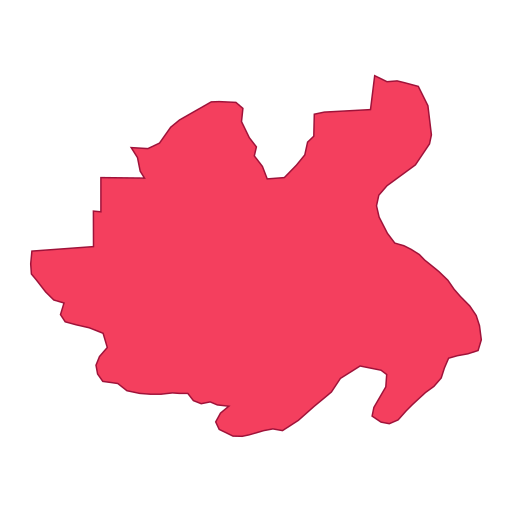 Arroio do Meio, Rio Grande do Sul, Brazil (Mercator projection)
{"feature_id": "56859067B31467536479384", "entity_name": "Arroio do Meio", "entity_type": "district", "adm_level": 2, "iso_a3": "BRA", "parent_name": "Brazil", "parent_adm1": "Rio Grande do Sul", "projection": "mercator", "projection_center": [-51.959, -29.357], "detail": "fine", "context": "isolated", "style": "filled", "palette": "rose", "viewbox_px": 512, "rotation_deg": 0, "n_neighbors": 0, "source": "geoboundaries", "source_scale": "gbopen_adm2", "svg_char_len": 1610}
<svg xmlns="http://www.w3.org/2000/svg" viewBox="0 0 512 512"><path d="M418.3,86.4L404.5,82.7L397.1,80.9L387.0,81.7L374.7,75.7L370.5,109.6L324.3,112.1L314.3,114.2L313.8,136.2L307.6,142.1L304.8,154.9L296.4,165.2L284.3,177.6L267.2,178.9L262.4,166.4L254.3,155.9L256.4,146.9L249.3,137.7L241.5,121.6L242.9,108.4L235.9,102.4L219.2,101.6L211.2,101.9L179.6,119.9L170.7,127.2L159.5,143.1L147.9,148.6L131.2,147.6L137.5,157.6L140.2,171.2L144.5,178.1L100.9,177.6L100.9,211.8L93.4,211.1L93.5,246.6L31.9,251.1L30.7,263.9L31.4,274.0L36.4,280.0L45.7,292.0L53.8,300.0L64.0,303.0L60.5,314.6L65.2,321.8L76.2,324.8L89.3,327.8L103.1,333.3L107.3,347.5L99.5,356.5L96.0,365.2L97.6,374.0L102.8,381.4L110.9,382.5L117.8,383.5L126.9,390.7L139.7,393.4L150.5,394.2L160.9,394.2L172.4,392.9L179.6,393.4L187.8,393.4L193.4,400.6L201.2,403.7L210.2,401.9L217.3,404.9L228.8,406.2L220.5,413.1L215.7,421.9L219.2,429.4L233.0,436.1L242.2,436.3L248.9,434.9L263.8,430.6L272.9,428.9L282.5,430.6L298.3,420.4L314.3,406.2L324.6,397.7L331.4,392.0L340.4,378.4L360.1,366.0L381.0,370.2L386.7,374.5L385.8,386.9L373.9,407.4L372.1,416.1L381.0,422.1L389.3,423.7L398.1,419.9L406.4,410.6L412.4,404.6L419.4,398.1L425.5,392.5L433.9,386.4L441.2,378.0L444.4,368.0L448.6,358.2L457.4,355.7L467.9,353.8L478.1,350.5L481.3,339.8L479.5,325.7L476.2,315.5L469.8,306.0L460.5,296.6L454.1,289.3L447.9,280.3L438.8,271.5L431.3,265.4L424.7,260.1L419.4,254.6L411.2,249.4L404.1,245.8L394.8,243.1L387.4,233.3L379.1,217.1L376.5,205.8L378.8,195.2L387.0,185.7L415.4,164.9L423.6,152.7L429.5,143.9L431.4,134.9L427.9,105.7L418.3,86.4Z" fill="#f43f5e" stroke="#9f1239" stroke-width="1.5"/></svg>